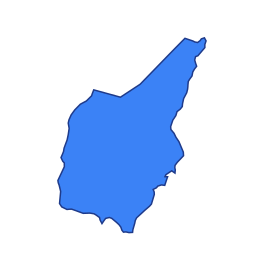 Santa Cruz do Capibaribe, Pernambuco, Brazil (orthographic projection), rotated 281°
{"feature_id": "56859067B39285037259201", "entity_name": "Santa Cruz do Capibaribe", "entity_type": "district", "adm_level": 2, "iso_a3": "BRA", "parent_name": "Brazil", "parent_adm1": "Pernambuco", "projection": "orthographic", "projection_center": [-36.328, -7.887], "detail": "fine", "context": "isolated", "style": "filled", "palette": "blue", "viewbox_px": 256, "rotation_deg": 281, "n_neighbors": 0, "source": "geoboundaries", "source_scale": "gbopen_adm2", "svg_char_len": 1485}
<svg xmlns="http://www.w3.org/2000/svg" viewBox="0 0 256 256"><g transform="rotate(281 128 128)"><path d="M58.8,71.3L52.9,74.0L40.8,75.2L37.9,78.0L36.4,83.6L37.1,86.0L37.6,88.2L35.7,100.3L37.2,106.8L37.3,111.1L36.4,113.5L34.7,117.1L32.3,118.2L29.2,120.7L32.5,122.1L35.0,123.3L36.6,126.8L36.2,129.3L33.2,134.7L31.4,137.6L29.3,139.9L26.5,141.5L24.9,143.4L25.6,145.8L25.5,148.9L26.4,152.4L29.1,152.2L35.9,152.8L38.6,152.8L41.5,153.6L47.0,157.7L50.3,160.1L55.4,164.1L57.8,165.5L67.8,166.5L70.2,165.9L72.5,164.4L74.7,167.3L76.7,168.4L78.5,171.7L78.7,175.0L85.7,175.9L87.7,176.2L87.3,173.6L89.4,174.1L92.1,176.8L94.3,179.1L92.7,182.7L95.9,182.4L98.0,181.5L100.3,181.3L103.7,182.9L111.4,187.8L114.9,186.9L124.3,180.6L128.1,176.8L131.6,174.2L134.7,170.4L137.5,169.6L144.3,170.5L149.3,172.6L153.4,173.0L156.5,175.7L159.4,177.2L162.1,176.9L167.5,177.0L173.8,178.9L177.4,179.1L179.7,178.9L181.9,178.6L185.2,178.3L187.9,179.3L191.3,180.9L195.4,180.9L198.5,182.0L201.7,183.6L204.3,182.1L207.5,180.5L211.0,180.7L212.2,182.8L221.6,188.1L224.6,187.5L228.4,188.0L231.1,185.8L229.5,183.0L227.5,182.1L225.2,180.0L225.2,177.1L225.8,175.1L226.9,166.8L215.8,159.4L208.8,154.8L173.3,131.6L156.8,114.7L158.9,87.1L155.0,86.4L152.6,86.1L146.6,82.0L142.3,76.7L135.6,72.3L130.0,69.7L124.8,68.5L121.4,68.4L116.4,70.3L110.0,70.6L104.5,70.5L101.6,70.0L96.0,69.1L92.6,69.2L89.4,68.6L86.2,67.9L82.9,70.3L81.6,72.1L77.8,72.9L63.1,69.2L60.9,70.0L58.8,71.3Z" fill="#3b82f6" stroke="#1e3a8a" stroke-width="1.5"/></g></svg>